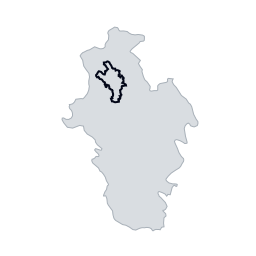 Nišavski on a map of Republic of Serbia (Equal Earth projection), rotated 204°
{"feature_id": "SRB-830", "entity_name": "Nišavski", "entity_type": "District", "adm_level": 1, "iso_a3": "SRB", "parent_name": "Republic of Serbia", "parent_adm1": "", "projection": "equal_earth", "projection_center": [21.87, 43.429], "detail": "medium", "context": "in_parent", "style": "outline", "palette": "ink", "viewbox_px": 256, "rotation_deg": 204, "n_neighbors": 0, "source": "natural_earth", "source_scale": "10m", "svg_char_len": 5024}
<svg xmlns="http://www.w3.org/2000/svg" viewBox="0 0 256 256"><g transform="rotate(204 128 128)"><path d="M143.4,98.5L149.2,100.2L151.8,101.8L153.2,103.8L156.8,105.2L162.8,105.9L167.0,108.0L169.4,111.6L173.2,110.7L178.5,105.4L183.7,104.0L188.8,106.6L191.6,108.7L192.1,110.3L190.9,111.0L188.1,110.7L185.7,111.7L183.9,114.0L183.6,116.5L184.9,119.2L186.7,121.0L189.1,122.0L190.4,123.4L190.5,125.1L191.1,125.6L189.8,126.4L188.4,127.6L187.5,129.8L187.3,133.1L182.8,135.8L181.1,136.3L180.3,138.0L179.1,143.0L179.3,146.8L179.9,148.7L180.2,150.2L181.7,152.2L183.0,155.1L183.9,159.0L185.9,162.0L191.0,164.9L193.6,166.6L195.4,169.1L196.9,171.4L201.1,174.4L200.8,176.5L199.9,178.6L198.9,179.6L196.8,182.3L194.8,183.9L191.5,188.6L186.1,188.9L184.9,189.3L182.9,190.6L181.9,192.9L182.8,194.9L182.8,196.8L181.8,200.6L183.1,204.6L185.0,206.4L185.3,207.5L185.0,209.4L182.2,213.3L181.3,214.7L178.5,215.4L177.6,215.0L176.1,213.7L174.8,213.3L171.4,214.9L168.0,215.8L165.3,215.1L162.7,215.0L160.8,215.6L159.5,215.9L156.7,217.6L152.4,218.8L150.4,218.5L149.6,216.9L148.8,214.7L149.2,213.7L152.1,211.9L152.4,210.2L156.4,202.1L157.2,199.5L157.2,198.7L156.2,198.1L154.0,198.1L144.2,194.8L144.7,191.1L141.8,189.0L138.7,187.2L138.2,185.2L134.8,181.2L132.3,178.9L129.1,177.8L126.4,176.1L124.7,175.1L124.0,173.2L124.0,172.1L123.2,171.0L121.8,171.1L119.6,172.6L116.8,173.9L116.3,174.8L117.3,177.1L118.0,178.5L117.7,179.9L116.8,181.6L111.4,185.4L110.8,186.7L111.8,188.8L111.2,189.8L106.7,191.2L106.8,190.1L106.5,188.2L104.0,186.2L100.4,184.7L92.4,179.4L89.3,178.7L86.6,178.1L82.7,175.5L80.7,175.1L78.4,173.3L73.6,167.2L69.5,163.9L66.7,162.2L65.9,160.5L65.7,158.9L65.8,158.3L68.0,155.9L69.7,155.6L71.8,155.5L73.2,156.7L75.0,157.0L76.1,155.4L76.7,153.2L76.4,150.4L72.1,143.8L68.4,139.3L67.9,138.3L68.8,137.4L70.1,136.9L71.5,137.3L75.2,137.6L78.8,137.2L80.0,136.1L80.1,134.6L78.8,133.2L74.6,129.5L71.4,126.2L67.7,123.7L64.8,122.6L64.0,121.4L63.7,120.0L64.1,117.5L64.3,114.3L65.0,112.3L67.6,108.5L70.1,104.5L71.6,100.6L72.5,97.0L72.2,96.0L70.9,95.2L68.3,94.5L64.5,95.1L61.4,96.4L60.1,96.5L59.7,94.9L60.2,94.2L61.2,94.3L62.0,94.6L62.9,93.9L63.5,91.7L62.3,84.2L64.6,83.6L64.7,82.5L64.9,81.5L67.4,82.8L70.8,82.9L73.8,82.6L74.3,81.9L74.2,80.8L73.6,80.0L72.6,79.3L71.8,78.3L69.8,77.8L63.5,75.1L60.4,72.3L60.6,69.2L61.5,67.6L62.6,67.0L62.3,66.4L58.7,65.0L57.5,63.1L58.6,60.6L56.8,55.5L54.9,52.4L56.9,51.0L57.1,49.1L57.3,48.0L58.1,48.0L61.2,46.7L62.4,45.7L63.0,44.5L63.8,44.2L65.8,45.5L68.0,45.6L70.5,44.8L72.3,43.6L74.5,42.7L75.5,42.0L76.8,40.9L79.4,37.9L82.3,37.2L86.2,38.0L90.4,38.3L93.6,37.6L101.5,38.5L103.2,39.2L104.3,40.0L106.4,42.6L108.4,46.0L111.2,47.6L114.5,49.5L116.2,50.8L118.6,54.9L120.6,56.9L121.3,56.8L121.9,56.3L122.4,55.9L122.9,56.3L123.0,57.5L123.1,60.3L122.6,63.2L123.3,66.0L123.3,66.9L122.8,67.7L122.8,68.4L123.5,69.1L126.2,71.0L128.7,73.8L131.6,75.8L134.3,77.1L136.0,77.2L138.7,79.5L144.2,81.1L146.0,81.7L147.2,82.7L148.0,83.8L148.1,84.9L147.2,85.5L146.1,87.1L145.6,89.0L144.7,89.5L143.8,89.6L143.2,90.1L143.3,91.0L144.0,91.8L145.2,92.5L147.4,93.2L149.5,94.3L149.5,95.1L149.1,96.0L146.3,96.3L144.3,96.5L143.3,96.9L143.4,98.5Z" fill="#d9dde1" stroke="#a8b0b8" stroke-width="1"/><path d="M148.7,166.9L147.7,166.8L147.1,166.0L148.6,165.4L148.9,164.8L149.5,164.5L150.1,164.4L150.6,163.8L150.6,163.3L149.7,161.6L149.9,161.2L149.9,160.5L150.6,159.6L150.6,159.1L149.7,158.0L149.6,157.5L149.0,157.0L148.7,156.3L147.6,155.8L147.5,155.5L147.9,155.0L147.9,154.3L148.4,153.9L147.6,153.6L147.8,152.7L147.4,152.0L147.2,152.0L147.2,151.3L147.4,151.1L148.2,151.0L148.6,150.6L148.3,149.7L147.4,149.3L147.0,148.3L150.0,146.4L151.1,146.1L152.2,146.3L153.5,145.8L154.1,146.6L154.8,147.1L155.5,147.9L154.6,148.5L154.4,148.8L155.0,149.1L155.4,149.8L154.8,150.5L155.0,152.2L155.4,152.6L155.6,153.3L157.1,154.9L157.2,155.7L157.9,156.3L159.4,156.2L160.0,156.6L160.8,156.4L161.2,156.6L161.9,158.1L163.0,159.2L164.4,158.8L165.1,159.0L165.6,158.8L165.6,158.6L164.3,157.5L164.3,157.0L164.4,156.6L165.1,156.5L166.0,157.6L167.0,158.3L166.9,158.9L167.6,159.6L167.5,160.0L167.8,160.3L169.3,160.3L171.1,161.4L172.0,161.7L173.7,161.3L174.6,161.7L174.8,162.2L175.2,162.2L175.8,162.7L176.5,161.9L176.8,161.7L178.3,162.6L178.7,163.4L178.3,164.4L178.3,164.9L178.1,165.2L178.2,166.2L177.8,167.9L177.7,168.0L175.3,168.3L173.2,167.3L172.0,167.1L171.0,167.4L171.3,169.6L171.9,170.0L172.1,170.7L171.9,171.0L171.3,171.1L170.8,171.8L170.8,172.4L170.2,173.7L172.3,174.7L173.1,175.5L173.8,175.6L174.3,176.2L175.7,176.2L176.0,176.4L176.0,176.8L176.7,178.0L174.7,179.1L174.5,179.7L174.0,180.4L173.1,180.6L172.3,180.4L171.7,180.4L170.7,179.4L168.9,178.4L167.3,176.9L167.1,176.5L166.5,176.6L165.8,176.1L163.8,177.0L162.7,175.5L162.3,176.0L161.0,176.6L158.9,176.7L158.7,176.4L159.1,175.8L157.5,173.8L157.6,173.5L158.2,173.0L157.7,171.7L156.4,171.7L155.6,171.2L155.4,171.7L155.3,172.6L155.4,173.2L155.0,173.4L153.7,172.5L152.6,172.2L152.2,171.8L152.2,171.4L152.7,170.7L151.8,170.2L151.0,168.6L151.5,167.6L151.6,166.9L150.3,167.2L148.7,166.9Z" fill="none" stroke="#020617" stroke-width="2"/></g></svg>